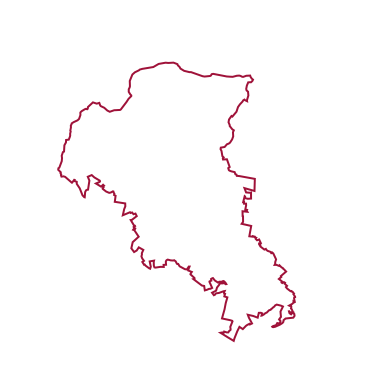 the district of Galesti, Mures, Romania, rotated 198°
{"feature_id": "2599482B64118138183254", "entity_name": "Galesti", "entity_type": "district", "adm_level": 2, "iso_a3": "ROU", "parent_name": "Romania", "parent_adm1": "Mures", "projection": "robinson", "projection_center": [24.743, 46.496], "detail": "fine", "context": "isolated", "style": "outline", "palette": "rose", "viewbox_px": 384, "rotation_deg": 198, "n_neighbors": 0, "source": "geoboundaries", "source_scale": "gbopen_adm2", "svg_char_len": 5968}
<svg xmlns="http://www.w3.org/2000/svg" viewBox="0 0 384 384"><g transform="rotate(198 192 192)"><path d="M267.4,298.9L277.4,293.7L279.6,292.2L280.0,291.4L283.3,288.2L285.0,285.3L285.5,278.4L283.7,273.4L283.6,272.1L283.9,270.2L283.1,267.7L280.9,265.8L279.6,265.1L279.4,264.4L281.1,261.1L282.1,257.4L285.2,248.5L285.8,247.8L291.3,245.7L295.0,242.9L297.7,243.3L301.5,245.0L305.3,245.5L306.1,246.0L307.7,248.1L309.9,246.6L313.9,246.6L317.2,240.7L316.9,239.0L317.3,238.3L318.6,238.3L319.6,237.5L321.9,234.8L322.6,233.5L322.7,232.9L321.9,230.7L322.0,226.6L323.0,224.8L326.2,221.8L327.6,220.1L327.5,218.9L327.8,217.9L327.1,216.0L326.7,212.8L326.1,212.1L325.9,209.7L325.3,208.1L325.2,206.9L325.4,203.7L327.8,202.6L327.2,200.2L327.8,197.0L326.2,190.9L327.1,190.0L327.1,186.2L326.1,184.1L325.4,181.1L325.7,174.5L325.8,174.0L326.4,173.3L326.1,171.8L322.9,170.2L323.0,169.4L321.8,168.3L321.9,167.6L320.9,166.3L319.0,167.2L317.3,167.2L309.1,163.7L308.9,163.8L307.8,167.2L307.3,167.2L307.3,166.4L306.9,166.1L304.8,166.1L304.1,164.1L299.9,160.8L295.1,155.0L292.9,153.8L292.4,153.8L293.6,158.9L293.3,160.8L292.6,161.6L291.6,162.1L293.1,171.1L295.8,174.3L292.6,177.1L289.4,175.7L283.2,174.3L282.8,173.7L283.0,173.0L286.0,170.4L280.1,169.0L278.8,171.4L277.6,170.8L278.4,169.6L277.6,169.1L278.1,167.8L277.9,167.4L273.8,165.9L270.5,165.6L269.1,166.4L267.4,168.2L266.9,168.2L266.3,167.2L265.3,166.4L265.2,165.1L263.5,164.8L262.4,158.8L252.0,160.5L251.0,157.8L251.2,154.7L250.6,148.5L244.7,153.6L243.9,153.1L242.6,154.0L240.8,152.8L239.1,154.0L237.1,152.0L240.5,147.0L241.6,146.4L237.0,142.4L235.9,142.3L235.6,142.0L236.7,140.7L236.3,140.2L234.7,139.8L234.8,139.0L236.2,138.3L236.3,137.9L235.1,137.9L228.9,133.0L232.9,126.0L232.3,119.7L228.5,117.0L226.5,119.3L225.5,122.9L220.4,121.9L220.8,118.3L220.3,117.1L220.2,115.2L218.8,113.4L216.4,111.7L217.6,110.1L215.1,108.0L214.6,108.4L213.4,107.6L209.2,106.2L208.1,106.1L208.1,108.2L210.8,112.9L206.9,115.0L206.8,113.7L205.5,110.1L204.4,108.7L203.4,108.8L198.8,111.1L195.7,112.0L196.5,113.9L194.2,114.8L195.3,117.4L195.4,118.1L195.1,119.3L194.2,120.2L191.1,120.4L188.7,121.0L187.9,121.6L186.1,121.0L184.2,119.1L183.7,119.0L182.9,119.3L180.8,117.5L174.9,116.4L172.7,116.8L172.6,118.0L172.0,120.1L171.3,120.3L171.5,117.8L171.3,116.2L167.5,115.9L168.1,113.9L168.0,113.2L163.1,111.0L162.8,110.3L163.8,109.6L153.7,106.1L151.4,106.4L149.4,102.4L147.7,103.5L145.9,105.1L144.5,105.7L143.2,107.0L147.7,112.0L147.7,112.4L146.2,113.7L147.0,115.1L146.1,116.2L145.5,116.6L142.9,114.9L139.3,113.9L138.3,115.1L136.1,115.8L134.8,117.0L134.0,117.0L132.2,116.1L130.9,115.0L131.4,114.7L132.9,115.2L134.2,115.0L134.5,114.6L137.3,113.6L137.5,112.1L138.7,108.9L138.6,105.6L141.8,102.4L139.3,100.6L138.3,101.6L138.2,102.6L137.5,103.2L135.2,104.3L131.4,107.3L130.3,107.9L130.5,106.1L129.9,105.2L129.1,105.3L129.0,102.7L125.8,102.7L125.6,96.9L124.8,90.5L124.4,81.0L115.9,81.9L113.9,81.9L113.5,81.5L113.9,75.5L112.9,73.5L112.8,72.6L113.7,71.3L114.1,69.7L115.6,69.2L118.3,69.2L118.3,68.1L119.8,67.8L121.4,66.9L112.8,64.8L106.3,63.3L106.4,65.9L105.9,73.5L105.2,78.4L101.3,77.3L99.3,81.4L98.4,82.6L96.6,84.4L96.0,83.9L94.3,85.5L99.0,90.0L101.0,92.5L95.4,93.0L90.7,92.8L91.1,97.7L89.2,98.4L87.8,98.3L87.7,95.9L87.3,96.1L85.6,98.0L84.9,99.3L83.6,100.5L82.2,103.3L80.8,104.3L80.4,105.4L79.8,106.0L79.4,107.0L78.3,108.5L77.9,109.8L76.6,111.1L72.4,111.4L70.1,111.2L70.9,105.6L68.8,100.7L69.8,97.8L69.2,97.5L69.0,97.1L68.5,97.1L67.9,96.5L67.9,94.7L68.8,93.9L70.4,93.7L70.9,91.3L73.4,89.6L74.1,88.7L73.8,88.5L73.1,88.5L71.3,89.5L67.4,93.0L65.5,95.3L65.0,96.7L65.3,98.4L63.9,100.6L56.8,103.8L56.2,105.9L57.0,107.6L57.8,107.8L58.1,108.5L59.3,107.7L60.1,107.8L61.0,107.1L59.8,106.8L59.9,106.3L60.3,106.3L61.8,106.9L62.9,108.5L62.7,108.6L61.6,107.6L60.1,108.5L59.2,108.6L58.9,109.1L61.0,111.4L61.9,111.8L62.0,113.4L62.6,114.4L63.0,114.5L63.7,113.9L64.5,114.0L62.0,116.7L61.3,118.2L61.6,119.1L60.6,118.7L60.2,119.1L61.9,122.0L62.2,123.0L62.0,123.9L61.5,124.0L61.6,124.3L64.0,126.2L63.7,127.0L64.3,127.2L64.9,127.9L66.0,128.0L66.7,128.6L67.6,128.1L71.8,129.6L73.3,130.6L72.6,132.1L75.5,133.4L75.4,134.4L76.8,134.7L78.0,133.3L78.9,133.6L78.9,134.8L82.5,136.1L80.8,138.8L81.5,139.5L77.9,145.4L80.6,146.9L81.6,147.2L82.2,147.8L83.4,147.9L86.1,149.3L86.3,148.6L89.2,148.8L90.9,148.2L90.7,149.6L91.2,151.0L91.2,153.9L95.7,158.7L97.0,159.2L97.2,158.5L97.7,158.3L98.7,159.3L102.0,159.4L103.6,160.1L104.2,160.7L105.4,159.6L110.1,161.3L111.3,162.5L110.7,162.9L111.4,163.7L112.1,163.3L112.3,163.8L110.8,164.7L113.5,167.6L115.2,166.2L117.1,167.2L117.2,167.6L116.9,168.3L118.6,168.4L118.6,168.9L120.6,168.8L120.7,168.2L123.8,167.6L125.2,178.0L134.9,177.1L134.2,179.4L136.0,184.7L136.4,184.7L138.0,189.3L133.2,190.3L134.3,191.3L134.2,192.0L135.9,191.8L136.4,196.0L137.0,197.6L138.9,197.0L139.4,198.6L140.2,198.2L140.6,204.3L140.1,204.1L140.0,203.1L139.4,202.6L136.8,202.8L133.8,204.0L135.7,209.7L136.6,209.2L140.4,208.3L143.3,211.9L132.9,212.3L136.3,223.9L151.8,221.8L154.4,221.2L155.1,222.3L156.2,222.3L157.6,224.1L161.0,223.8L162.9,223.9L163.7,224.2L164.9,225.9L163.9,227.4L168.9,233.9L172.5,232.5L173.1,233.6L172.6,234.7L174.2,235.5L176.6,240.1L178.1,241.6L178.3,243.1L174.9,244.9L173.5,248.2L172.0,249.4L171.1,250.7L170.1,254.4L170.0,257.6L171.5,261.5L171.3,263.6L173.1,264.1L176.5,266.4L176.8,267.3L178.8,269.6L179.2,272.4L178.1,276.0L177.9,276.5L176.9,276.2L174.5,282.1L174.5,287.0L173.5,290.2L171.9,293.6L171.6,295.0L170.7,296.1L169.9,295.7L167.7,295.4L168.1,296.2L168.2,301.2L169.7,304.7L171.5,305.5L172.3,306.8L172.7,310.1L172.4,313.7L169.8,314.6L168.9,316.2L168.7,317.7L170.0,318.2L171.7,319.4L172.7,320.7L176.3,319.3L178.9,317.3L179.9,317.1L181.7,317.4L183.1,317.3L185.3,316.4L188.9,314.1L191.9,313.3L194.7,312.6L208.4,310.9L209.7,310.1L210.0,308.6L210.7,307.9L215.7,305.7L217.7,305.4L230.0,305.7L231.6,305.2L236.9,304.8L241.1,305.8L242.5,307.1L244.6,308.1L245.4,309.1L249.6,309.3L254.4,307.4L257.1,306.8L263.3,303.5L267.4,298.9Z" fill="none" stroke="#9f1239" stroke-width="2"/></g></svg>